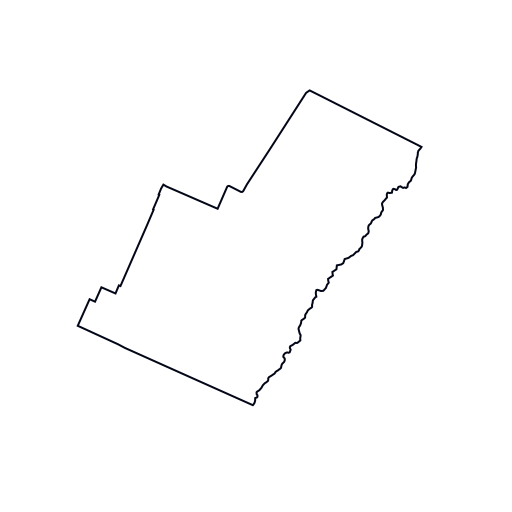 outline of San Miguel, Buenos Aires, Argentina, rotated 342°
{"feature_id": "61730980B42310570317073", "entity_name": "San Miguel", "entity_type": "district", "adm_level": 2, "iso_a3": "ARG", "parent_name": "Argentina", "parent_adm1": "Buenos Aires", "projection": "mercator", "projection_center": [-58.67, -34.554], "detail": "fine", "context": "isolated", "style": "outline", "palette": "ink", "viewbox_px": 512, "rotation_deg": 342, "n_neighbors": 0, "source": "geoboundaries", "source_scale": "gbopen_adm2", "svg_char_len": 3375}
<svg xmlns="http://www.w3.org/2000/svg" viewBox="0 0 512 512"><g transform="rotate(342 256 256)"><path d="M66.8,265.2L64.9,267.3L97.6,297.4L102.9,302.9L158.5,353.2L206.9,396.9L207.4,396.6L208.4,395.9L208.9,395.4L209.4,395.0L209.7,394.5L210.1,393.8L210.6,393.1L210.8,392.4L211.3,390.9L213.2,390.8L213.8,390.4L214.2,389.5L214.3,388.6L213.9,387.8L214.4,385.8L215.0,385.4L217.7,384.7L218.3,384.3L220.5,383.0L221.5,382.0L222.8,380.9L224.3,380.1L225.4,379.6L226.8,379.3L227.7,378.9L228.6,378.6L229.2,377.9L229.5,377.3L229.8,376.1L231.0,375.2L232.4,374.9L233.6,374.6L234.7,374.3L235.9,373.9L237.0,373.7L237.5,373.4L237.9,373.1L238.8,372.3L240.3,371.8L241.1,371.7L242.0,371.4L242.7,371.1L243.8,370.8L245.1,370.2L245.4,369.8L245.8,369.1L246.5,367.8L247.3,366.9L247.9,366.4L248.5,366.2L249.2,365.8L250.0,365.4L250.8,364.5L251.3,363.7L251.6,362.2L251.1,361.1L250.8,360.4L251.2,359.4L251.9,358.5L253.1,357.7L253.9,357.4L255.7,357.3L256.3,357.6L257.1,358.1L258.3,358.0L260.0,355.8L259.9,354.9L259.8,353.8L260.2,352.9L260.9,352.3L261.7,352.2L263.4,351.9L266.6,350.7L267.6,351.2L268.5,351.4L269.6,351.0L272.1,350.0L272.2,349.4L272.5,348.3L272.8,347.5L273.2,346.8L274.0,345.0L273.6,343.1L273.7,341.7L273.9,338.5L274.8,337.0L276.5,335.7L277.8,334.1L278.2,333.5L279.2,331.4L279.9,331.1L282.3,330.4L283.6,329.8L283.9,329.2L284.1,328.6L284.6,327.2L285.8,326.2L287.0,325.3L287.4,324.9L287.9,324.3L289.1,323.4L290.4,323.0L291.6,322.5L292.8,322.3L293.7,321.7L293.9,320.8L294.2,319.8L294.8,318.9L295.4,318.0L296.0,316.5L296.7,315.5L297.2,315.2L298.3,314.5L299.4,313.7L300.8,313.4L301.1,311.1L301.6,309.1L302.9,307.1L303.8,307.1L304.7,307.6L307.0,309.4L309.3,309.9L312.6,308.0L314.8,305.2L316.9,303.9L317.1,301.6L317.5,300.0L323.1,298.4L323.3,296.8L323.7,294.8L328.4,293.5L330.0,289.9L334.4,290.4L336.7,289.8L337.8,288.5L339.4,286.3L343.4,286.4L344.5,286.0L346.6,285.3L348.6,285.2L352.6,283.1L354.6,283.2L355.6,282.5L356.5,281.3L357.2,281.1L358.5,280.3L359.4,279.8L360.0,279.0L360.8,277.3L361.4,276.0L361.5,275.0L362.2,272.8L363.3,271.7L364.3,270.8L365.5,271.0L366.4,270.7L367.4,270.0L368.4,269.6L369.7,269.1L370.7,267.7L370.9,266.9L371.0,265.6L371.3,264.0L372.5,261.9L373.4,261.3L374.7,260.8L375.3,260.5L376.1,259.7L376.6,259.0L377.6,258.1L379.7,257.5L380.5,257.0L381.1,256.6L383.6,256.8L384.9,256.7L386.7,255.8L387.8,254.7L388.0,254.1L388.9,253.0L389.8,252.4L391.0,251.5L391.6,249.3L391.7,247.6L391.7,246.7L392.0,245.1L393.4,243.8L394.7,243.2L396.3,242.3L397.1,241.7L398.6,240.9L399.1,239.0L399.4,237.9L400.2,236.8L401.0,236.5L402.5,237.4L404.8,237.8L405.3,237.0L405.5,236.3L406.7,234.8L407.5,234.6L408.9,235.5L409.5,236.4L410.3,236.7L411.5,235.8L412.1,235.1L412.9,234.3L415.0,234.4L415.6,235.3L417.0,236.7L418.7,236.8L419.7,237.7L421.4,237.1L421.7,236.5L422.5,234.7L423.6,233.7L424.6,233.0L425.2,232.8L426.6,232.2L427.4,231.1L428.1,230.0L429.0,229.2L429.7,228.7L431.4,227.7L432.3,227.0L433.5,225.1L435.6,221.3L436.0,219.6L436.7,217.7L437.7,215.7L439.0,212.9L440.0,211.7L441.3,209.3L441.8,207.8L443.0,206.1L445.6,204.6L447.1,203.4L358.2,115.1L354.1,116.3L302.0,158.9L269.6,185.0L263.8,190.4L262.6,190.8L261.5,190.4L252.2,181.1L251.2,180.8L250.1,181.1L234.1,199.2L192.3,162.2L190.0,159.5L186.6,162.5L182.4,167.5L182.9,168.0L172.5,179.9L172.9,180.4L162.0,192.9L117.8,242.7L116.5,241.6L110.8,248.2L99.3,238.0L88.8,249.7L84.4,245.7L66.8,265.2Z" fill="none" stroke="#020617" stroke-width="2"/></g></svg>